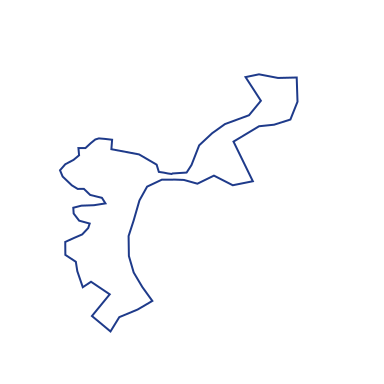 the district of Pera Chorio, Nicosia, Cyprus, rotated 64°
{"feature_id": "46923920B47441185050524", "entity_name": "Pera Chorio", "entity_type": "district", "adm_level": 2, "iso_a3": "CYP", "parent_name": "Cyprus", "parent_adm1": "Nicosia", "projection": "equal_earth", "projection_center": [33.375, 35.031], "detail": "fine", "context": "isolated", "style": "outline", "palette": "blue", "viewbox_px": 384, "rotation_deg": 64, "n_neighbors": 0, "source": "geoboundaries", "source_scale": "gbopen_adm2", "svg_char_len": 1141}
<svg xmlns="http://www.w3.org/2000/svg" viewBox="0 0 384 384"><g transform="rotate(64 192 192)"><path d="M281.6,326.4L272.6,312.2L273.8,292.4L272.5,275.4L255.7,278.3L238.8,279.7L221.9,276.8L203.8,268.3L192.1,257.0L176.5,242.9L167.5,230.0L167.7,213.7L173.6,201.5L177.6,194.0L186.9,183.5L186.9,165.1L203.8,152.4L209.0,132.6L186.9,132.6L164.9,132.6L162.3,102.9L167.5,88.7L170.0,71.8L157.1,57.6L135.0,47.7L127.2,64.7L115.6,80.2L112.2,93.5L140.2,90.1L148.0,107.1L145.4,132.6L148.0,148.1L153.2,165.1L167.5,180.6L172.1,188.2L172.1,188.5L169.5,194.8L166.8,201.4L166.9,202.4L166.6,202.8L164.8,205.5L162.2,208.9L159.4,213.0L151.9,211.8L135.0,223.1L118.2,245.7L110.0,240.9L106.1,247.0L103.0,252.2L102.4,255.9L103.7,261.5L105.8,268.5L102.7,274.8L109.5,277.4L111.2,284.4L111.5,293.7L114.6,301.1L121.4,301.5L133.3,297.1L139.1,293.4L141.8,287.8L150.0,284.8L157.8,275.5L164.3,274.8L160.9,285.9L155.8,297.4L154.1,305.6L159.5,307.8L168.3,306.0L175.5,297.8L178.9,301.1L182.0,309.3L181.6,317.8L181.3,327.8L193.0,333.4L203.8,327.0L212.9,329.8L229.7,331.9L228.4,322.1L247.9,310.8L259.6,336.3L281.6,326.4Z" fill="none" stroke="#1e3a8a" stroke-width="2"/></g></svg>